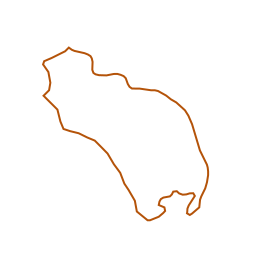 Pongchon, Hwanghae-namdo, North Korea (Natural Earth projection), rotated 45°
{"feature_id": "82179303B59678099693620", "entity_name": "Pongchon", "entity_type": "district", "adm_level": 2, "iso_a3": "PRK", "parent_name": "North Korea", "parent_adm1": "Hwanghae-namdo", "projection": "natural_earth1", "projection_center": [126.231, 38.15], "detail": "fine", "context": "isolated", "style": "outline", "palette": "amber", "viewbox_px": 256, "rotation_deg": 45, "n_neighbors": 0, "source": "geoboundaries", "source_scale": "gbopen_adm2", "svg_char_len": 1281}
<svg xmlns="http://www.w3.org/2000/svg" viewBox="0 0 256 256"><g transform="rotate(45 128 128)"><path d="M45.5,161.8L45.5,164.9L51.5,164.9L56.0,164.9L65.1,164.9L75.6,171.2L83.1,174.3L84.6,173.5L89.2,171.2L96.8,166.6L105.9,163.5L113.4,160.4L121.0,160.4L131.6,160.5L143.6,163.6L154.2,165.2L164.7,169.9L172.2,171.4L184.3,174.6L193.3,180.8L207.1,179.4L208.8,177.7L212.5,169.0L213.0,163.3L212.9,160.4L209.9,158.4L204.2,160.7L202.3,157.8L201.5,155.1L202.2,152.2L206.0,146.7L206.0,144.0L205.0,141.0L207.2,138.2L210.4,138.1L213.8,136.5L216.2,133.7L217.9,130.5L220.3,128.0L223.3,128.8L225.7,139.8L227.0,142.9L229.5,145.8L230.0,146.6L233.2,145.8L233.8,143.2L234.5,133.7L229.7,127.8L228.2,124.6L225.3,116.1L223.6,113.0L222.2,110.5L218.0,104.7L215.3,102.0L212.3,99.6L209.7,98.1L194.7,93.0L170.6,80.0L162.0,76.6L155.8,75.2L144.0,75.8L138.0,77.4L132.0,78.1L130.9,78.4L123.1,80.6L120.2,82.4L117.5,85.1L108.4,91.9L102.9,97.3L100.0,97.8L96.7,97.0L91.2,94.4L88.2,94.4L85.2,95.6L82.2,97.3L79.7,99.9L75.6,106.0L70.2,111.1L67.1,113.0L64.6,113.5L61.6,112.1L56.2,106.3L53.2,104.4L50.7,103.7L47.6,104.4L44.4,105.8L35.7,111.3L33.0,112.4L29.3,113.0L29.3,118.2L27.7,122.9L24.6,132.2L21.5,140.0L23.0,143.1L32.1,144.7L41.1,150.9L45.5,157.1L45.5,161.8Z" fill="none" stroke="#b45309" stroke-width="2"/></g></svg>